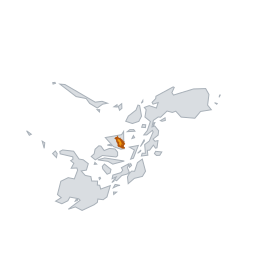 Capiz, Capiz, Philippines (highlighted), rotated 73°
{"feature_id": "2640588B34459645926333", "entity_name": "Capiz", "entity_type": "district", "adm_level": 2, "iso_a3": "PHL", "parent_name": "Philippines", "parent_adm1": "Capiz", "projection": "albers", "projection_center": [122.785, 11.39], "detail": "fine", "context": "in_parent", "style": "filled", "palette": "amber", "viewbox_px": 256, "rotation_deg": 73, "n_neighbors": 0, "source": "geoboundaries", "source_scale": "gbopen_adm2", "svg_char_len": 6179}
<svg xmlns="http://www.w3.org/2000/svg" viewBox="0 0 256 256"><g transform="rotate(73 128 128)"><path d="M119.6,40.8L129.4,45.2L134.9,43.0L133.4,53.8L138.2,61.2L133.1,74.0L125.9,77.4L126.1,81.0L123.2,85.7L127.2,93.7L126.3,95.9L128.1,101.5L134.0,104.8L133.9,101.8L139.6,99.5L143.6,101.3L145.9,107.3L148.5,106.1L148.8,103.0L155.4,106.1L155.3,107.6L151.8,108.7L155.5,113.8L155.0,116.0L159.8,117.0L158.7,123.4L156.3,121.8L157.2,118.7L148.7,116.9L146.7,111.5L139.1,105.1L137.4,105.4L140.1,112.1L139.2,114.9L136.2,110.4L128.3,104.7L122.5,108.6L115.8,105.3L113.1,106.4L112.8,101.2L117.2,95.0L112.5,91.7L112.5,97.1L110.5,97.5L108.0,92.9L105.8,92.0L101.9,72.8L102.7,71.9L107.0,75.7L109.8,74.9L109.8,54.0L113.0,42.2L119.6,40.8ZM177.9,161.8L187.8,168.3L189.3,172.7L187.1,177.6L190.2,179.1L191.5,182.9L193.4,196.0L188.1,201.4L188.2,208.8L183.1,194.9L181.2,195.9L177.1,203.8L180.0,206.8L181.1,213.4L176.8,218.6L175.1,212.2L171.0,214.9L159.3,207.8L158.0,199.7L161.0,194.2L153.6,188.5L151.3,188.6L149.9,194.1L145.9,190.1L142.5,192.4L141.8,189.8L139.4,189.2L132.9,200.4L130.5,200.1L129.9,196.9L134.3,186.8L143.4,183.9L145.3,180.1L150.5,176.4L156.1,180.1L155.4,185.3L160.8,182.8L163.6,177.7L168.1,178.2L169.9,172.6L173.6,174.0L174.5,171.8L178.4,172.0L177.9,161.8ZM148.9,168.6L144.5,171.5L142.8,167.9L138.7,165.7L136.5,161.1L137.4,159.2L142.6,157.4L142.1,151.7L144.3,146.5L148.0,145.0L151.4,146.0L152.2,147.9L146.8,160.5L148.9,168.6ZM174.5,123.9L178.5,128.4L178.0,136.6L181.3,144.1L174.6,142.8L171.9,140.1L170.3,137.2L171.3,134.3L163.9,129.1L161.9,123.4L174.5,123.9ZM130.0,133.2L142.4,136.8L143.1,138.9L146.7,137.6L146.2,141.0L141.5,147.4L130.5,152.5L132.5,136.1L130.0,133.2ZM82.8,168.4L66.1,180.3L68.0,175.6L93.7,151.8L94.9,145.0L98.3,140.4L97.8,145.3L99.9,151.6L93.2,157.5L87.6,159.4L82.8,168.4ZM109.9,110.3L120.6,111.6L124.8,115.7L125.0,122.5L120.9,128.2L116.7,124.2L113.2,115.1L109.0,111.8L109.9,110.3ZM165.7,140.2L170.5,139.7L171.8,141.9L171.6,147.8L175.1,154.3L173.5,155.9L171.3,153.5L171.9,158.1L168.6,156.2L168.6,147.8L166.9,145.4L164.0,145.9L162.4,137.6L165.7,140.2ZM149.6,166.2L149.8,159.1L158.5,141.2L158.1,153.1L154.0,156.9L149.6,166.2ZM166.1,161.5L159.7,164.1L157.2,163.8L155.6,161.1L162.6,156.4L165.8,158.2L166.1,161.5ZM147.7,123.2L158.5,131.7L158.6,134.6L150.9,128.3L146.7,132.3L147.7,123.2ZM162.6,108.8L160.2,110.2L158.4,108.4L160.8,102.7L163.4,105.6L162.6,108.8ZM135.4,205.1L130.4,207.6L128.7,204.2L131.7,203.2L135.4,205.1ZM102.9,126.9L107.4,128.1L108.6,130.9L104.5,131.0L102.9,126.9ZM130.1,110.1L132.7,111.2L131.3,114.7L128.9,113.0L130.1,110.1ZM117.8,211.9L122.9,214.1L115.5,213.9L117.8,211.9ZM180.9,159.6L178.2,156.8L180.5,152.4L180.2,155.1L180.9,159.6ZM133.1,122.3L131.3,129.8L130.1,126.7L131.2,123.0L133.1,122.3ZM105.7,222.3L106.1,224.5L101.0,225.8L105.7,222.3ZM131.7,90.1L131.5,93.5L130.4,94.9L129.1,89.6L131.7,90.1ZM140.5,148.5L138.3,152.8L138.3,150.3L140.5,148.5ZM104.8,132.2L103.6,135.3L102.5,131.7L104.8,132.2ZM166.1,138.1L164.5,138.2L162.8,135.8L164.8,135.5L166.1,138.1ZM139.2,124.5L139.2,127.3L136.8,125.0L139.2,124.5ZM187.4,161.1L185.0,160.6L186.0,157.6L187.4,161.1ZM145.1,116.0L149.4,121.6L144.0,116.1L145.1,116.0ZM104.3,150.6L101.4,152.2L102.2,149.7L104.3,150.6ZM153.4,168.5L152.9,170.9L151.2,169.7L153.4,168.5ZM154.0,122.9L155.0,126.2L152.8,122.0L154.0,122.9ZM64.1,186.8L62.6,186.7L63.0,184.5L64.1,184.3L64.1,186.8ZM169.0,170.3L167.1,170.4L166.9,169.2L168.1,168.9L169.0,170.3ZM182.6,200.0L181.2,198.5L181.6,196.9L182.5,197.7L182.6,200.0ZM107.4,106.2L108.2,108.1L106.0,105.8L107.4,106.2ZM174.7,156.9L175.4,159.4L173.3,156.4L174.7,156.9ZM131.2,36.2L129.1,37.8L130.7,35.5L131.2,36.2ZM133.6,103.2L130.6,101.7L130.7,100.7L133.6,103.2ZM123.5,30.2L125.3,31.9L123.3,30.8L123.5,30.2Z" fill="#d9dde1" stroke="#a8b0b8" stroke-width="1"/><path d="M133.8,140.7L133.9,140.8L133.9,141.0L133.9,141.6L133.8,142.0L134.0,142.7L134.1,142.8L134.2,143.0L134.3,143.1L135.5,141.9L136.4,142.3L136.7,142.3L137.2,142.3L137.5,142.4L137.7,142.5L137.8,142.5L137.9,142.4L138.0,142.4L138.3,142.2L138.5,142.2L138.6,141.9L138.7,141.7L138.8,141.6L138.9,141.4L139.0,141.4L139.3,141.4L139.5,141.4L139.6,141.5L139.4,141.7L139.9,142.0L140.0,142.1L140.3,142.0L140.6,142.0L140.9,141.8L141.1,141.8L141.5,141.8L141.6,142.0L141.7,142.4L141.8,142.4L142.1,142.3L142.5,142.3L142.7,142.1L142.7,141.9L142.8,141.7L142.6,141.4L142.9,141.1L143.1,140.9L143.1,141.0L143.2,140.9L143.3,140.9L143.5,140.8L143.8,140.8L143.8,140.7L143.7,140.5L143.7,140.4L143.7,140.2L143.8,140.0L143.9,139.9L144.2,139.7L144.5,139.6L145.0,139.5L145.2,139.4L145.2,139.2L145.1,138.9L145.3,138.7L145.4,138.4L145.5,138.4L145.5,138.2L145.6,137.9L145.8,137.6L145.7,137.5L145.4,137.7L145.3,137.8L145.1,137.9L145.0,138.0L144.8,138.1L144.7,138.1L144.4,138.3L144.2,138.4L143.8,138.4L143.7,138.4L143.7,138.5L143.7,138.4L143.7,138.5L143.7,138.4L143.7,138.5L143.7,138.4L143.4,138.3L143.4,138.5L143.5,138.5L143.4,138.5L143.5,138.7L143.4,138.7L143.3,138.9L143.3,139.0L143.2,139.0L143.1,138.9L142.9,138.9L143.0,138.8L143.1,138.7L142.9,138.6L143.0,138.6L143.1,138.4L143.1,138.5L143.1,138.4L143.1,138.5L143.1,138.4L143.1,138.2L143.3,138.1L143.5,138.0L143.6,137.9L143.2,137.7L142.9,137.5L142.7,137.5L142.7,137.3L142.6,137.2L142.3,136.8L142.2,136.8L142.3,136.7L142.2,136.6L141.9,136.6L141.3,136.6L140.8,136.6L140.7,136.5L140.8,136.7L140.8,136.8L140.7,136.7L140.7,136.8L140.7,137.0L140.3,137.1L140.2,137.1L140.3,137.2L140.2,137.2L140.3,137.2L140.2,137.3L140.3,137.3L140.3,137.5L140.2,137.5L140.1,137.4L140.1,137.5L140.0,137.4L139.9,137.3L139.8,137.2L139.7,137.1L139.8,137.1L139.7,137.2L139.7,137.3L139.7,137.5L139.7,137.4L139.7,137.5L139.7,137.4L139.8,137.4L139.8,137.5L139.7,137.6L139.7,137.8L139.4,137.9L139.2,137.9L138.9,138.0L138.9,137.9L139.0,137.7L139.0,137.4L138.9,137.3L138.8,137.5L138.7,137.4L138.6,137.5L138.4,137.6L138.3,137.8L138.2,137.9L138.2,138.0L137.9,138.3L137.7,138.3L137.6,138.2L137.6,138.3L137.2,138.4L136.9,138.4L136.6,138.4L136.5,138.5L136.4,138.7L136.4,138.8L136.2,139.0L135.8,138.9L135.8,139.0L135.7,139.3L135.8,139.3L135.7,139.5L135.5,139.8L135.2,140.0L134.9,140.3L134.4,140.6L134.0,140.7L133.8,140.7ZM142.3,136.1L142.3,136.3L142.3,136.2L142.5,136.1L142.4,136.1L142.3,136.1Z" fill="#f59e0b" stroke="#b45309" stroke-width="1.5"/></g></svg>